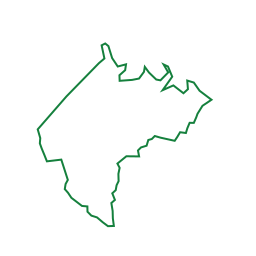 Taquaruçu do Sul, Rio Grande do Sul, Brazil (Equal Earth projection), rotated 160°
{"feature_id": "56859067B25773622943364", "entity_name": "Taquaruçu do Sul", "entity_type": "district", "adm_level": 2, "iso_a3": "BRA", "parent_name": "Brazil", "parent_adm1": "Rio Grande do Sul", "projection": "equal_earth", "projection_center": [-53.496, -27.405], "detail": "fine", "context": "isolated", "style": "outline", "palette": "green", "viewbox_px": 256, "rotation_deg": 160, "n_neighbors": 0, "source": "geoboundaries", "source_scale": "gbopen_adm2", "svg_char_len": 1109}
<svg xmlns="http://www.w3.org/2000/svg" viewBox="0 0 256 256"><g transform="rotate(160 128 128)"><path d="M133.1,198.9L175.1,178.7L213.3,157.6L213.9,148.5L216.1,143.7L216.1,138.2L215.8,131.2L215.6,124.4L201.5,121.1L202.3,99.8L205.8,96.7L208.3,92.2L206.5,87.6L205.1,81.8L202.1,77.1L197.9,70.5L193.0,68.2L194.7,63.2L192.4,58.2L187.7,54.6L184.0,48.1L180.4,42.6L174.8,40.8L173.1,48.4L170.8,55.3L169.3,63.2L164.9,64.9L165.1,72.0L160.8,73.8L158.3,78.1L155.0,81.3L152.7,88.2L149.5,93.4L150.1,98.2L139.2,102.0L127.3,97.5L126.3,103.5L122.4,105.3L116.6,105.0L113.0,109.8L109.4,109.5L105.6,111.3L100.6,107.7L88.5,100.0L84.8,102.7L80.5,106.2L75.3,103.5L72.3,107.5L68.3,111.8L64.4,110.3L60.3,114.6L57.8,117.6L50.4,123.4L39.9,126.0L48.0,138.5L50.6,148.2L56.1,152.3L58.4,144.0L64.0,141.7L70.8,152.5L82.5,151.7L68.9,161.1L69.4,172.1L72.8,175.5L71.2,166.5L81.2,161.7L84.9,163.9L89.3,172.9L91.3,179.7L93.8,175.3L100.7,170.7L107.7,171.8L119.7,175.2L118.0,180.5L110.9,183.3L108.1,188.5L116.6,189.3L119.0,199.1L118.4,211.7L120.5,215.2L124.5,214.7L126.4,201.4L133.1,198.9Z" fill="none" stroke="#15803d" stroke-width="2"/></g></svg>